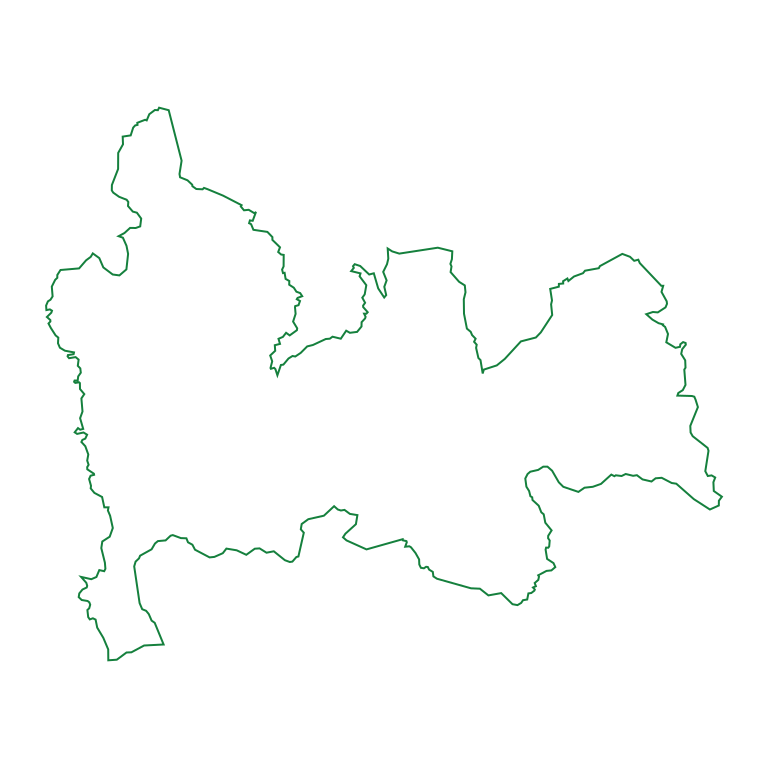 Tepexco, Puebla, Mexico (Mercator projection)
{"feature_id": "50627088B96534583301688", "entity_name": "Tepexco", "entity_type": "district", "adm_level": 2, "iso_a3": "MEX", "parent_name": "Mexico", "parent_adm1": "Puebla", "projection": "mercator", "projection_center": [-98.656, 18.65], "detail": "fine", "context": "isolated", "style": "outline", "palette": "green", "viewbox_px": 768, "rotation_deg": 0, "n_neighbors": 0, "source": "geoboundaries", "source_scale": "gbopen_adm2", "svg_char_len": 6033}
<svg xmlns="http://www.w3.org/2000/svg" viewBox="0 0 768 768"><path d="M108.3,660.3L116.8,659.7L126.5,652.5L131.4,652.3L144.1,645.5L163.6,644.5L154.7,622.8L151.6,620.6L148.8,614.1L146.1,610.8L142.2,609.2L139.6,603.1L134.2,566.4L135.6,561.6L139.0,558.4L140.1,555.7L151.6,549.3L155.0,543.5L157.9,541.1L165.6,540.4L170.6,535.7L172.8,535.1L180.9,538.1L186.4,538.3L188.0,542.3L192.4,544.7L195.0,549.7L209.6,557.4L214.4,556.9L222.8,553.2L226.4,548.6L236.7,550.3L246.3,554.8L254.8,548.7L259.6,548.4L266.5,552.7L273.8,551.3L284.9,560.2L289.8,562.0L292.4,561.6L296.4,557.0L298.4,556.5L303.8,532.7L300.8,529.3L301.7,524.0L308.3,519.2L323.9,515.7L334.1,506.2L337.8,509.5L340.9,510.5L344.5,509.9L349.9,513.9L357.4,515.1L355.9,524.2L345.4,533.7L343.0,537.3L346.5,540.4L366.5,549.4L402.7,539.2L402.8,540.3L406.4,541.1L406.8,542.2L405.2,546.7L409.4,546.3L411.0,547.3L415.5,553.0L419.1,559.4L419.3,564.5L420.9,567.8L423.9,568.3L426.1,566.8L427.8,567.0L429.1,569.6L432.8,571.9L433.4,576.4L436.9,578.7L471.0,588.3L479.9,588.7L488.4,595.4L501.2,593.1L512.5,604.2L517.5,605.1L521.2,602.9L523.0,600.2L527.2,599.5L528.4,593.4L531.3,593.0L534.4,590.6L534.8,589.5L533.0,587.5L535.9,586.2L534.7,583.0L538.3,579.9L539.0,576.6L538.2,575.3L546.5,570.9L551.4,570.4L555.3,567.1L553.5,563.1L547.1,558.9L545.6,549.6L546.1,547.6L548.3,547.7L549.2,546.4L549.7,540.5L548.1,538.2L548.2,535.8L551.6,530.4L545.3,522.7L543.7,514.3L541.3,512.3L538.7,505.7L532.5,500.0L532.2,497.3L530.4,496.2L529.1,491.0L526.4,486.7L525.3,478.5L527.6,474.0L530.3,471.7L538.2,469.9L543.2,466.7L547.5,466.7L552.1,470.7L558.8,482.3L563.3,486.8L578.4,491.9L584.5,487.7L592.8,486.8L601.0,483.9L611.3,474.6L614.4,476.2L615.8,475.3L621.6,476.0L625.7,474.0L633.1,475.8L636.9,475.2L642.5,479.4L651.5,481.5L655.6,478.3L661.7,477.8L671.7,483.0L676.3,483.7L693.8,499.1L709.9,509.5L718.8,505.5L718.9,500.7L721.9,496.7L713.8,491.0L713.4,482.2L715.2,477.5L711.6,475.4L707.8,476.0L705.3,471.2L708.5,450.8L707.6,447.9L692.7,436.2L690.6,432.5L690.3,425.9L697.9,407.1L695.6,399.8L694.3,396.7L691.9,396.0L677.4,395.6L678.3,393.0L682.8,390.1L685.5,384.9L684.3,369.6L685.5,367.7L685.2,360.3L681.2,353.9L682.2,349.2L685.8,344.7L685.6,343.0L683.1,342.1L680.3,344.3L680.0,346.8L675.5,347.8L666.3,342.3L668.0,334.0L665.1,326.9L662.8,325.2L663.1,324.4L658.6,323.2L652.4,319.6L646.3,314.2L652.9,312.0L657.8,312.4L665.5,307.4L667.0,303.8L666.7,301.3L661.5,291.9L663.2,285.8L661.3,285.8L639.8,263.1L638.3,259.7L634.2,260.8L630.0,256.8L622.3,253.9L599.9,266.1L598.8,268.2L585.0,270.7L583.0,273.2L574.0,276.5L568.4,281.0L567.4,278.5L563.1,281.2L563.2,283.5L558.9,283.9L558.8,286.7L550.2,288.9L552.0,300.5L551.1,304.3L552.2,315.0L540.8,332.4L535.9,337.5L520.9,341.4L504.8,358.9L496.8,365.4L483.8,369.6L482.7,373.5L480.5,360.1L478.4,358.0L476.1,347.9L476.7,344.7L474.1,341.8L475.6,338.7L472.1,335.1L470.7,331.8L466.9,328.6L464.0,313.7L463.8,299.2L465.5,292.3L464.8,285.4L459.1,281.8L450.6,272.1L451.5,266.4L450.4,263.9L451.9,259.2L452.3,251.3L437.8,247.7L399.3,253.6L392.2,251.4L387.7,248.5L388.3,258.7L387.0,264.2L383.2,271.9L386.6,280.4L384.3,286.8L386.2,295.1L384.2,297.5L378.2,288.4L373.8,273.3L369.2,274.5L360.2,266.0L354.7,264.2L353.0,266.2L353.8,267.9L351.2,271.1L360.5,273.4L359.6,276.3L366.3,285.2L364.7,294.4L362.3,297.7L365.1,302.8L363.1,305.6L363.2,307.1L367.7,312.2L366.4,313.7L364.1,313.7L365.6,316.8L365.1,318.4L361.6,322.2L361.5,326.5L357.1,331.9L349.9,332.8L346.2,330.7L340.8,338.7L332.5,336.7L329.8,338.7L325.8,339.0L312.9,345.0L307.2,346.4L300.7,352.9L295.3,356.5L292.5,356.0L288.5,358.5L283.4,364.6L280.9,365.0L277.4,375.3L275.4,369.1L274.1,367.8L270.9,368.8L270.5,368.0L272.2,361.3L270.2,355.5L275.2,350.8L274.8,345.2L280.0,343.9L278.5,338.8L282.9,336.9L286.1,332.8L289.7,335.4L296.9,330.2L297.2,328.3L293.1,321.6L295.6,313.9L295.0,307.2L295.2,306.1L298.5,305.2L300.0,301.0L296.8,299.2L297.6,297.9L302.2,296.2L300.2,293.1L296.4,291.7L293.8,287.7L289.2,284.7L289.3,281.0L285.6,278.9L284.6,272.8L283.0,273.1L282.1,269.6L283.6,266.4L283.7,254.9L281.1,254.5L278.2,252.0L280.0,247.3L272.4,239.9L272.4,237.1L267.4,231.9L253.4,229.8L251.1,224.2L249.1,223.2L249.9,220.4L252.7,220.8L256.0,211.9L254.5,213.3L248.7,209.8L244.0,210.3L240.8,206.5L241.6,205.2L223.0,195.6L207.6,189.2L204.0,187.9L202.6,189.3L196.3,189.0L192.4,186.2L192.2,184.7L187.5,180.3L180.1,177.3L179.5,174.0L181.6,160.7L168.7,110.2L159.1,107.7L157.9,110.2L154.9,110.0L149.3,114.2L146.7,120.4L145.1,119.8L137.3,122.8L137.5,124.9L135.2,125.4L133.2,127.6L130.7,135.4L122.7,136.6L123.0,144.3L118.2,152.9L118.1,169.0L111.9,185.0L111.8,190.4L113.2,192.6L119.1,196.8L126.7,199.8L128.3,202.0L128.0,206.0L132.8,211.6L136.9,212.7L141.2,218.6L140.2,226.4L135.7,228.0L130.1,227.9L124.5,233.0L118.6,236.2L122.9,237.7L126.5,245.8L128.1,253.9L126.4,269.4L119.4,275.4L112.7,274.5L103.3,267.4L99.3,258.1L92.8,253.4L90.7,256.9L86.1,260.3L79.1,268.4L60.5,270.0L57.3,275.0L57.3,277.8L55.2,279.8L51.8,286.6L52.6,296.4L50.5,299.7L47.9,301.4L46.1,305.6L46.4,310.1L49.9,309.4L52.0,310.7L51.3,312.7L46.9,317.0L50.3,320.0L50.4,321.5L48.5,323.5L50.8,327.9L55.6,335.4L58.3,337.6L58.0,343.3L59.9,347.7L64.9,350.7L74.0,352.4L73.6,354.2L67.9,355.1L67.6,356.4L69.1,358.2L75.6,357.1L78.6,359.6L77.8,365.8L80.3,368.4L80.8,372.7L78.2,376.4L77.7,380.5L74.6,380.5L74.1,381.8L75.3,382.9L79.1,382.3L79.9,383.1L80.0,389.0L84.3,394.1L81.4,398.4L82.5,411.5L80.1,418.2L83.2,428.9L80.2,429.7L78.0,428.1L74.7,432.3L77.1,433.9L83.5,432.5L87.1,434.7L85.3,438.6L82.4,439.9L81.4,442.0L85.3,446.2L88.3,454.5L87.2,460.6L88.6,464.8L87.2,467.1L87.3,469.3L93.9,473.7L94.1,474.8L90.6,475.7L89.1,479.0L91.0,485.8L90.7,488.4L94.4,492.9L102.1,497.0L104.3,507.3L108.5,507.3L107.9,510.5L110.1,515.7L112.8,528.0L109.7,536.7L102.3,541.5L101.3,548.1L104.9,562.7L105.4,568.8L104.2,571.2L99.3,570.1L96.4,577.0L91.3,579.2L81.1,576.9L86.3,582.8L87.2,585.8L86.7,587.5L82.5,589.5L79.3,593.4L78.7,597.1L81.7,600.0L87.6,601.0L89.3,602.3L90.2,604.7L89.2,608.3L87.4,610.0L88.2,617.1L89.8,619.4L92.9,618.3L95.6,619.6L97.2,627.6L103.3,637.8L108.2,649.4L108.3,660.3Z" fill="none" stroke="#15803d" stroke-width="2"/></svg>